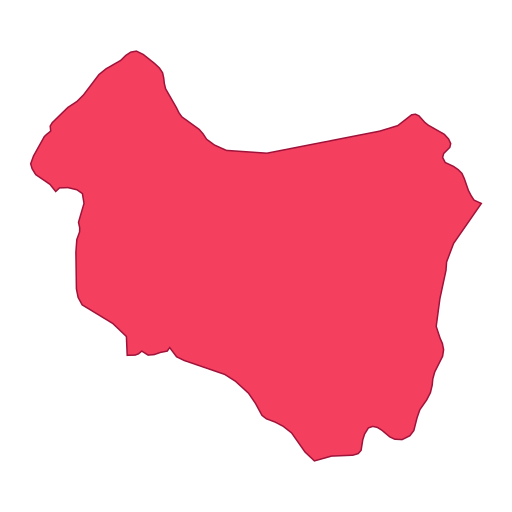 Covasna, Equal Earth projection
{"feature_id": "ROU-306", "entity_name": "Covasna", "entity_type": "County", "adm_level": 1, "iso_a3": "ROU", "parent_name": "Romania", "parent_adm1": "", "projection": "equal_earth", "projection_center": [25.978, 45.929], "detail": "fine", "context": "isolated", "style": "filled", "palette": "rose", "viewbox_px": 512, "rotation_deg": 0, "n_neighbors": 0, "source": "natural_earth", "source_scale": "10m", "svg_char_len": 1614}
<svg xmlns="http://www.w3.org/2000/svg" viewBox="0 0 512 512"><path d="M481.3,203.5L453.6,243.4L446.6,261.9L446.0,270.3L439.9,298.7L436.2,326.4L440.1,338.3L442.4,343.5L443.6,349.7L442.6,356.3L434.7,372.0L432.8,378.9L432.2,385.2L430.4,392.7L426.7,399.9L419.9,409.6L417.1,417.6L413.8,430.6L409.8,435.8L402.1,439.6L394.7,439.2L389.8,436.9L381.7,430.1L377.3,427.4L372.8,426.4L368.4,427.9L364.6,434.0L362.8,439.6L361.1,450.3L358.2,453.6L352.9,455.2L331.4,456.1L314.4,460.9L305.0,452.0L291.6,432.9L283.2,426.3L274.9,422.0L266.4,418.8L262.0,415.4L255.3,403.1L248.5,393.2L235.5,381.3L224.7,374.4L184.2,360.5L176.6,356.8L169.7,347.6L167.2,351.1L160.5,352.4L154.2,354.6L148.1,355.1L141.8,351.1L138.4,353.9L135.1,355.1L127.2,355.3L126.4,336.5L112.8,323.5L82.2,304.9L78.1,297.4L76.4,288.8L75.9,252.1L76.8,239.6L79.6,231.9L79.7,227.8L78.5,222.3L84.0,203.4L82.4,193.6L77.0,189.8L67.9,187.6L59.5,187.9L55.7,191.5L50.0,184.4L35.7,174.6L32.1,168.7L30.7,163.8L33.5,156.0L44.3,136.6L46.5,134.5L50.7,131.1L50.2,126.1L52.3,122.6L67.9,107.4L77.0,101.4L83.5,94.9L99.0,74.5L106.2,68.7L120.7,60.4L125.8,55.4L130.8,52.1L136.4,51.1L143.3,54.5L154.6,63.5L159.4,68.0L162.6,72.8L163.7,78.0L164.3,83.3L165.6,88.8L176.5,107.8L179.0,112.9L181.9,116.9L199.2,129.4L203.1,133.9L206.6,139.3L214.4,145.0L226.4,150.4L266.9,153.2L379.8,131.1L397.8,125.6L411.6,114.8L415.4,114.2L418.9,115.8L424.7,122.3L428.3,125.2L444.3,134.3L448.6,139.0L450.7,143.6L449.8,147.4L443.7,153.5L442.6,157.4L445.2,162.5L453.5,166.4L458.3,169.7L462.0,173.5L464.3,178.6L468.4,190.4L471.1,195.6L474.0,200.1L481.3,203.5Z" fill="#f43f5e" stroke="#9f1239" stroke-width="1.5"/></svg>